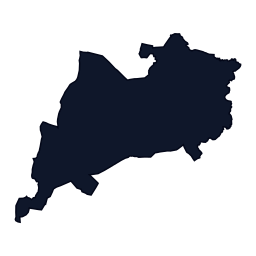 outline of Matkules pag., Kandavas, Latvia
{"feature_id": "27541924B52205717280809", "entity_name": "Matkules pag.", "entity_type": "district", "adm_level": 2, "iso_a3": "LVA", "parent_name": "Latvia", "parent_adm1": "Kandavas", "projection": "mercator", "projection_center": [22.582, 56.979], "detail": "fine", "context": "isolated", "style": "filled", "palette": "ink", "viewbox_px": 256, "rotation_deg": 0, "n_neighbors": 0, "source": "geoboundaries", "source_scale": "gbopen_adm2", "svg_char_len": 5664}
<svg xmlns="http://www.w3.org/2000/svg" viewBox="0 0 256 256"><path d="M213.4,54.6L209.1,54.3L207.0,53.5L206.1,53.0L204.6,52.6L203.0,51.8L196.8,50.1L195.0,49.8L193.5,50.2L192.7,50.6L191.9,50.8L189.9,50.1L189.1,49.2L188.7,47.8L187.6,46.9L186.3,46.1L186.0,45.6L185.9,45.2L186.0,44.9L186.5,44.6L187.7,44.5L187.9,44.3L187.9,44.0L187.4,42.9L184.9,41.3L183.2,39.3L182.9,39.0L182.4,37.4L182.2,37.1L180.2,35.9L179.7,34.1L179.1,33.8L178.4,34.0L174.8,33.8L171.8,35.2L171.3,35.3L170.9,35.1L170.6,35.7L171.3,36.6L170.5,37.1L169.4,38.5L165.0,44.8L163.7,47.0L157.3,47.4L156.1,47.4L152.7,47.9L152.5,45.9L147.1,44.9L142.1,43.7L141.9,44.4L142.0,44.4L140.4,49.2L141.1,49.8L140.3,50.8L139.5,53.3L139.5,54.2L139.4,54.2L141.2,57.5L141.5,57.6L144.1,57.4L146.7,57.7L146.9,57.6L149.8,53.7L151.9,53.6L153.1,53.8L153.9,56.5L155.4,56.6L155.3,59.4L156.9,60.0L156.3,62.6L153.7,63.0L153.7,64.6L152.1,66.3L151.9,66.2L149.9,68.3L148.8,70.8L149.1,70.9L148.7,73.0L149.2,74.5L144.8,78.0L136.8,78.8L134.2,78.9L129.7,79.6L128.4,80.0L127.2,80.0L124.4,77.4L117.4,70.4L115.1,68.7L108.8,62.0L102.4,56.0L88.1,52.4L88.1,52.6L83.2,52.3L80.1,51.5L80.1,53.3L80.4,55.5L79.7,59.0L79.3,60.3L79.7,63.3L79.4,70.4L78.1,76.3L77.7,77.7L76.8,79.6L75.4,81.3L71.5,83.6L70.2,84.5L69.3,85.8L68.6,87.0L65.1,92.0L63.8,94.9L61.9,98.5L60.4,101.8L60.5,102.7L61.4,103.8L61.4,106.8L61.4,107.7L59.5,111.8L58.8,113.9L57.7,119.4L57.5,121.8L58.0,125.3L57.9,127.7L56.7,126.6L52.9,125.6L48.7,124.2L45.8,122.8L43.1,122.0L41.5,124.3L40.4,126.6L40.5,130.1L41.2,132.1L42.3,136.8L41.6,139.0L40.3,146.4L39.0,152.4L38.6,152.3L37.5,155.1L37.2,157.1L35.7,158.4L33.3,158.6L34.1,160.8L34.3,161.3L34.0,163.3L33.3,165.3L32.4,169.3L32.4,172.3L31.8,175.1L31.9,176.8L32.2,177.7L32.5,178.1L33.2,178.4L34.4,178.5L35.1,179.1L36.6,181.6L37.7,181.5L38.4,181.9L38.6,183.2L38.3,184.1L38.2,184.4L38.3,184.4L38.8,187.8L38.7,188.6L38.3,191.4L38.1,192.2L37.1,193.2L37.0,193.8L36.4,194.5L35.8,195.6L35.2,197.6L33.3,197.8L32.9,198.6L31.4,199.5L29.4,198.1L27.4,197.6L26.6,196.4L25.6,197.4L23.3,198.3L19.3,198.5L16.1,205.5L16.0,205.9L15.9,212.2L16.1,217.0L15.4,219.1L15.4,219.4L15.8,220.6L18.0,221.8L20.1,222.2L19.7,217.0L22.5,216.6L26.1,214.7L28.2,212.2L29.3,208.0L38.8,209.5L41.5,209.8L44.6,204.6L45.1,203.5L45.6,204.0L46.8,199.4L47.2,198.0L50.1,196.5L52.3,191.8L53.1,189.7L53.7,188.7L56.5,187.0L60.4,185.6L71.0,181.0L77.0,188.0L80.9,189.3L81.1,189.3L82.1,191.7L85.6,193.1L87.2,194.2L91.1,195.0L95.9,187.3L98.1,183.4L98.0,183.1L94.6,179.8L89.4,174.8L98.0,173.6L104.7,170.1L121.4,160.1L126.3,157.6L126.6,157.8L128.5,157.1L129.2,156.1L129.4,156.2L129.9,155.9L131.4,156.1L132.3,155.9L134.8,156.5L136.8,156.4L138.6,157.2L144.7,156.9L150.7,157.0L155.1,152.7L156.8,152.5L160.1,151.8L166.1,151.0L166.1,150.8L170.5,150.9L176.4,149.8L178.0,148.8L183.4,144.7L184.2,147.0L186.6,151.8L187.1,152.4L188.8,153.4L191.3,155.8L193.2,158.9L194.4,160.6L196.5,159.1L197.7,158.4L199.7,157.8L199.8,157.4L199.6,156.6L199.7,156.2L199.9,155.8L200.2,155.5L200.3,155.3L200.5,154.9L200.8,154.1L201.3,154.1L201.6,153.8L201.8,153.4L201.5,152.6L200.3,151.2L199.0,150.1L198.2,148.6L197.6,147.9L197.4,147.4L197.6,146.9L197.4,145.9L198.0,144.9L198.4,144.7L199.0,145.0L200.1,143.6L199.9,142.7L200.2,142.3L201.2,141.7L204.3,142.2L204.7,142.0L205.7,142.2L205.8,141.8L206.4,141.1L207.0,141.1L207.5,140.7L208.3,139.0L208.4,138.5L208.5,138.3L209.8,138.1L210.3,137.8L211.7,138.9L212.1,138.9L212.4,139.2L212.5,139.5L213.8,139.6L215.2,139.3L217.2,137.5L217.5,137.1L217.8,137.0L218.6,136.2L219.2,136.0L219.8,135.0L219.9,134.7L220.4,134.0L221.0,132.5L221.5,132.2L221.9,132.2L222.2,131.9L222.4,131.5L222.5,131.1L222.4,130.2L222.5,129.8L223.5,129.4L223.5,129.1L222.9,127.5L222.8,127.0L223.0,126.8L223.4,126.7L224.0,127.0L225.0,127.0L226.4,127.5L227.0,127.9L226.9,128.1L226.6,128.3L226.5,128.5L226.8,128.8L227.0,128.7L227.7,128.7L227.9,128.9L229.8,127.8L230.2,126.8L230.2,126.4L231.0,125.9L230.9,125.6L230.3,125.2L230.3,124.9L230.5,124.5L231.5,124.3L231.6,124.1L231.5,122.8L231.5,121.6L231.2,121.2L231.3,120.4L231.7,120.0L231.9,119.4L231.0,115.8L229.8,114.2L229.1,113.9L229.3,112.7L229.7,111.9L230.4,111.1L230.5,110.8L230.4,109.4L230.7,108.3L230.6,108.0L231.5,107.2L231.6,106.9L230.7,106.0L231.0,105.1L231.0,104.6L231.4,104.0L231.5,103.7L231.0,103.2L230.9,103.0L231.0,102.5L231.2,102.1L231.0,101.5L230.6,101.3L228.2,100.9L226.5,100.2L225.9,99.7L225.0,98.5L224.7,97.6L224.7,97.0L224.9,96.0L226.2,94.4L228.0,93.2L228.8,92.8L229.2,91.9L229.2,91.2L229.6,90.2L229.6,89.7L229.4,89.4L229.5,88.6L229.4,88.1L229.2,87.8L228.6,87.5L227.6,87.6L227.4,87.5L227.0,86.7L226.4,85.9L226.4,85.6L227.5,84.1L229.1,82.7L229.3,82.3L229.1,81.8L229.0,81.0L229.0,80.7L230.0,80.0L230.4,80.1L231.1,80.6L231.6,80.6L232.1,79.7L232.7,79.2L233.4,79.2L234.1,79.0L234.4,78.1L234.5,76.8L233.5,73.6L232.8,72.3L232.8,71.7L233.8,71.1L235.2,71.0L236.2,70.1L238.9,68.1L240.1,66.6L240.6,65.3L240.6,64.3L239.1,63.8L238.2,62.9L238.1,62.5L237.7,62.3L236.4,62.4L236.0,61.8L236.0,61.5L235.9,61.1L235.6,60.8L235.7,60.1L235.6,59.5L235.4,59.3L234.9,58.9L234.2,59.0L233.8,59.4L233.5,60.3L233.3,60.3L233.0,60.2L232.6,59.4L232.3,59.1L231.7,59.0L231.3,59.4L231.5,59.9L231.4,60.1L229.8,60.5L229.5,60.9L228.9,61.3L227.9,60.9L227.7,60.3L227.0,59.9L225.6,60.2L224.5,60.1L224.2,60.4L223.7,60.6L222.9,60.4L222.7,59.9L222.4,59.8L221.8,60.3L221.4,60.2L220.8,60.7L220.5,60.7L220.4,60.5L220.5,60.0L220.4,60.0L220.2,60.0L219.7,60.5L219.5,60.4L219.4,59.8L219.6,59.6L219.7,59.3L219.5,58.5L219.3,58.6L219.1,58.9L218.5,59.1L218.2,58.9L218.2,58.5L218.0,58.3L217.6,59.0L217.0,59.2L216.8,59.1L216.7,58.5L216.5,58.3L215.8,58.2L215.1,57.6L214.7,57.6L214.5,57.4L213.9,56.3L213.9,55.7L214.0,55.3L213.4,55.0L213.2,54.8L213.4,54.6Z" fill="#0f172a" stroke="#020617" stroke-width="1.5"/></svg>